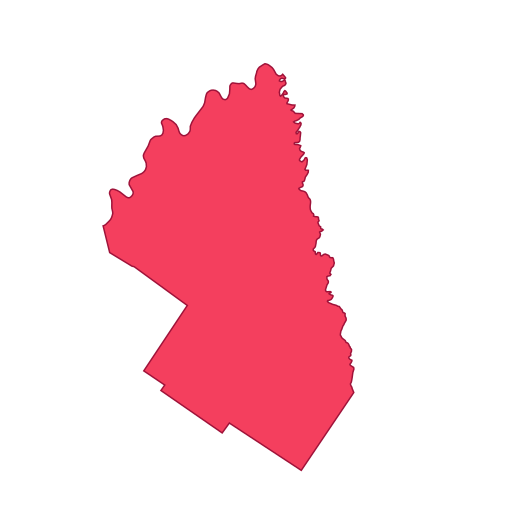 outline of Laishi, Formosa, Argentina, rotated 214°
{"feature_id": "61730980B73783012017414", "entity_name": "Laishi", "entity_type": "district", "adm_level": 2, "iso_a3": "ARG", "parent_name": "Argentina", "parent_adm1": "Formosa", "projection": "robinson", "projection_center": [-58.523, -26.515], "detail": "fine", "context": "isolated", "style": "filled", "palette": "rose", "viewbox_px": 512, "rotation_deg": 214, "n_neighbors": 0, "source": "geoboundaries", "source_scale": "gbopen_adm2", "svg_char_len": 6165}
<svg xmlns="http://www.w3.org/2000/svg" viewBox="0 0 512 512"><g transform="rotate(214 256 256)"><path d="M333.6,421.1L335.5,421.6L335.6,420.9L335.9,419.8L336.6,418.8L337.4,418.3L338.3,417.9L340.9,418.0L345.8,420.5L348.0,421.2L350.8,421.4L352.9,421.4L354.3,421.1L356.1,420.4L357.0,418.7L358.8,414.5L359.0,412.5L358.6,409.6L358.0,408.3L356.9,404.8L355.8,402.5L352.7,399.0L352.2,398.3L351.5,396.1L351.6,395.0L351.8,393.8L352.3,392.5L352.9,391.6L353.8,391.2L355.0,390.9L357.7,391.3L360.2,391.9L362.3,392.2L363.3,392.0L364.4,391.4L366.4,389.4L368.4,388.3L371.9,386.6L372.5,386.0L372.7,385.3L372.9,384.5L372.9,383.6L372.8,382.7L372.5,382.0L371.0,379.7L368.7,375.6L367.8,370.9L368.2,369.4L368.8,368.5L369.7,368.0L371.2,367.6L372.3,367.8L374.0,368.5L377.7,370.5L380.1,370.8L382.1,370.6L384.3,369.6L385.8,368.4L386.7,367.1L387.5,365.1L387.8,363.8L387.6,362.5L387.2,361.2L386.4,359.0L384.3,354.4L383.8,352.2L383.5,350.3L384.2,338.9L384.3,336.0L383.9,330.9L383.0,326.8L381.4,324.4L380.7,323.0L380.5,321.5L380.6,319.4L381.0,318.2L381.9,316.4L382.9,315.5L383.9,314.9L386.0,314.8L387.7,315.1L389.6,316.3L392.1,318.4L395.7,320.3L399.8,320.9L402.0,320.9L405.0,320.6L406.8,320.0L408.3,318.8L408.8,317.9L409.2,316.9L409.5,315.5L409.4,314.8L409.1,313.9L408.4,313.1L407.2,312.4L405.6,311.2L403.0,308.4L401.8,305.7L401.7,303.8L402.3,302.3L403.4,301.2L406.2,299.1L407.2,297.5L408.1,294.5L408.3,293.5L408.2,292.3L406.9,286.9L406.3,279.0L405.9,277.2L405.5,276.2L404.7,275.3L403.6,274.3L400.9,272.9L399.0,271.6L396.8,268.8L395.9,265.9L395.9,263.7L396.3,262.0L396.9,260.4L399.8,256.0L402.5,251.5L402.9,250.3L402.9,248.4L402.6,247.1L402.1,245.7L401.0,244.2L393.8,240.6L392.9,239.3L392.6,238.2L392.5,236.9L392.8,235.1L393.3,233.8L394.5,232.8L396.4,232.4L404.7,233.0L407.9,232.7L410.4,232.1L412.2,231.3L413.2,230.1L413.4,229.4L413.3,228.1L413.0,227.0L412.7,226.4L412.2,225.7L407.2,222.0L405.3,219.6L403.5,216.8L402.2,215.0L399.5,212.4L398.5,211.1L397.7,208.8L397.2,206.9L397.0,204.8L397.3,202.6L398.2,198.0L399.1,196.1L399.6,195.5L379.2,177.0L353.2,178.2L351.0,179.0L285.3,176.6L284.8,98.0L259.5,98.0L259.6,91.3L185.1,90.4L184.7,102.6L98.6,103.6L98.6,197.5L102.3,200.0L103.1,200.8L104.8,201.6L105.9,202.4L106.2,202.8L106.3,203.1L106.4,204.4L106.6,205.1L107.2,206.6L108.4,209.2L110.0,212.4L110.6,213.7L111.6,217.0L112.7,218.2L116.6,218.1L117.6,218.7L117.5,220.7L117.8,222.6L118.2,223.2L120.1,222.9L120.8,222.9L121.9,223.3L122.4,223.8L122.5,224.5L121.8,226.3L122.0,227.0L123.2,228.2L123.5,230.2L124.4,231.8L125.2,232.2L126.4,232.5L127.0,233.2L127.8,233.3L129.3,234.3L130.4,234.9L131.5,235.1L132.9,234.7L134.8,235.8L137.8,236.0L139.5,236.3L140.4,237.0L141.9,237.6L142.6,238.9L143.7,241.4L143.9,243.1L144.8,246.4L144.8,248.2L145.1,249.5L145.2,251.7L145.4,253.3L146.1,254.3L146.9,255.1L148.3,255.8L149.3,257.0L149.9,258.1L150.9,258.2L152.1,257.8L152.7,258.1L153.7,258.9L154.6,259.5L156.1,259.7L158.7,260.7L160.3,260.0L161.2,260.1L162.2,259.9L165.3,258.8L168.0,258.3L169.2,258.0L170.3,258.0L171.0,258.2L171.5,258.4L171.6,258.8L171.5,259.4L170.9,259.7L170.3,260.6L169.7,261.4L169.4,262.1L169.3,263.5L169.5,265.4L169.9,266.1L170.6,266.2L172.0,265.7L173.9,265.4L174.4,265.6L174.3,266.0L173.4,267.7L173.9,268.2L174.4,268.1L175.9,267.0L177.3,265.9L178.2,265.9L179.0,266.3L179.6,267.1L181.0,271.8L181.1,274.2L181.8,275.4L182.5,275.9L183.4,276.1L184.5,276.8L185.7,278.5L185.1,279.6L183.6,281.1L183.6,282.7L185.3,283.0L185.8,285.1L186.8,287.9L186.2,291.1L187.2,294.0L188.7,295.3L190.0,296.7L191.4,297.5L192.8,296.6L193.7,296.2L194.6,296.4L195.5,297.0L196.2,297.1L199.6,296.4L200.6,295.4L201.1,294.1L201.5,292.8L202.4,292.4L203.0,292.7L204.2,294.2L204.8,294.5L205.5,294.2L206.7,293.5L206.8,291.1L207.2,290.8L207.9,291.0L209.4,292.7L211.2,292.5L211.8,292.8L212.4,293.8L212.0,296.1L212.1,297.1L213.3,300.0L214.5,302.2L214.8,303.5L214.6,304.7L213.9,306.0L213.8,306.6L213.8,307.6L214.2,308.7L214.8,310.2L216.1,310.9L216.7,311.4L216.6,312.0L215.9,312.6L215.4,313.4L214.9,315.2L216.0,315.4L216.9,315.0L217.7,315.0L218.8,316.4L220.1,316.3L220.7,316.5L223.1,318.1L223.6,318.8L223.4,319.8L223.5,320.6L224.2,321.1L224.6,321.3L225.0,321.7L225.2,322.2L225.7,322.7L226.2,323.0L227.3,322.7L229.0,321.7L230.6,321.2L231.1,322.4L232.1,323.1L233.6,323.1L236.1,324.3L237.2,325.2L238.3,326.6L239.1,327.8L240.5,330.6L241.5,332.1L242.9,333.2L244.8,333.6L246.1,334.2L247.4,335.2L249.7,336.4L251.1,336.6L252.4,336.4L253.6,336.0L255.3,335.3L257.5,335.4L258.3,336.0L257.6,337.5L256.3,339.5L256.3,340.3L256.6,341.1L257.2,341.8L258.4,342.4L259.0,343.5L258.1,344.5L258.0,345.5L258.7,347.7L259.2,348.8L259.2,352.3L259.5,354.6L260.5,356.3L261.6,355.7L262.7,354.9L263.9,355.2L265.0,360.3L267.2,364.4L268.2,365.2L268.9,365.7L269.7,365.4L270.1,364.8L269.8,362.6L270.4,360.0L271.2,359.5L273.3,359.5L274.0,360.5L274.1,363.1L273.6,366.2L273.5,367.7L273.8,368.6L274.9,368.6L276.3,368.2L277.1,368.1L278.5,368.2L280.0,369.4L280.1,370.6L280.4,372.1L280.6,372.5L283.5,371.8L286.2,370.2L287.0,370.3L287.4,371.1L287.1,371.9L285.6,372.9L284.3,374.1L284.0,375.7L284.7,377.3L285.6,378.7L286.3,380.2L286.8,381.1L287.9,383.2L289.1,383.7L290.0,383.4L290.2,382.2L290.0,381.2L290.1,380.5L290.9,379.9L291.9,380.8L292.0,382.0L291.7,382.8L291.8,385.6L291.8,387.8L292.1,388.9L292.0,389.5L292.6,390.9L293.5,391.5L294.2,391.5L294.2,390.8L294.4,389.8L294.9,389.2L297.3,388.2L298.4,388.0L299.8,388.2L299.3,389.5L298.1,391.0L296.9,393.2L296.5,395.3L295.6,397.0L295.2,398.7L295.7,399.5L297.4,399.8L303.2,396.2L305.0,396.6L305.9,396.9L307.8,396.5L308.6,396.6L308.1,397.9L307.4,399.9L307.6,401.8L308.1,402.9L310.7,401.3L315.5,399.6L316.0,400.3L316.1,401.9L316.3,403.1L316.9,404.2L317.7,404.4L319.1,403.8L320.2,403.1L321.7,403.3L322.8,404.0L323.3,405.0L322.9,405.7L321.9,406.4L321.2,407.3L320.9,407.8L321.4,408.5L323.8,409.3L324.6,409.2L324.8,408.0L324.5,406.4L324.6,403.4L325.1,402.2L326.2,402.6L327.1,403.7L328.1,404.6L328.7,406.0L329.3,407.7L328.9,411.5L327.6,413.6L327.5,415.1L327.8,416.1L328.9,416.7L329.5,417.5L330.5,417.8L331.1,417.2L331.7,415.6L332.3,415.0L333.2,414.5L334.5,414.2L334.9,415.0L334.9,415.9L334.6,417.0L334.2,417.6L333.3,418.1L331.7,418.7L330.9,419.3L331.0,420.2L332.2,420.7L333.6,421.1Z" fill="#f43f5e" stroke="#9f1239" stroke-width="1.5"/></g></svg>